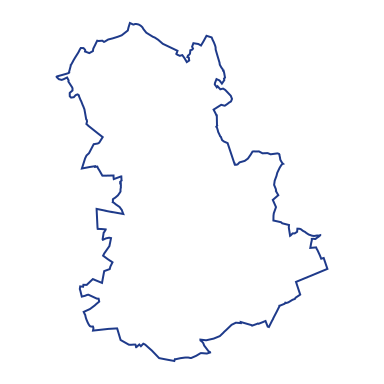 Bēnes pag., Auces, Latvia
{"feature_id": "27541924B36472446612292", "entity_name": "Bēnes pag.", "entity_type": "district", "adm_level": 2, "iso_a3": "LVA", "parent_name": "Latvia", "parent_adm1": "Auces", "projection": "albers", "projection_center": [23.066, 56.462], "detail": "fine", "context": "isolated", "style": "outline", "palette": "blue", "viewbox_px": 384, "rotation_deg": 0, "n_neighbors": 0, "source": "geoboundaries", "source_scale": "gbopen_adm2", "svg_char_len": 5656}
<svg xmlns="http://www.w3.org/2000/svg" viewBox="0 0 384 384"><path d="M70.7,65.1L70.7,65.9L68.9,72.6L69.0,72.7L68.5,73.1L66.0,73.9L57.0,76.4L56.6,76.8L56.7,77.0L56.8,77.2L58.9,79.2L61.7,79.9L63.6,79.2L67.1,77.5L68.6,80.4L68.5,80.9L68.4,81.6L72.1,87.3L72.5,88.3L72.5,90.1L72.5,90.5L69.8,92.8L69.7,93.8L69.8,96.3L71.1,97.6L72.4,97.4L73.8,97.2L75.4,95.4L76.1,94.9L77.6,94.4L77.8,94.5L78.8,95.3L78.7,95.5L80.7,100.4L81.1,101.0L82.9,105.6L83.2,106.1L84.2,108.8L84.4,109.2L86.2,119.3L86.7,119.8L87.0,121.3L87.0,121.6L86.4,124.0L88.0,125.4L88.1,125.6L97.9,133.4L102.7,137.1L99.2,142.7L97.8,143.5L93.7,144.2L89.0,153.2L86.5,155.5L85.1,158.4L81.9,168.5L89.7,167.0L95.1,166.2L95.1,166.9L97.3,166.6L97.6,167.4L98.4,168.9L99.2,170.1L102.2,175.4L102.4,175.7L103.8,175.7L113.5,175.5L113.6,178.0L113.8,179.1L121.1,176.4L121.3,176.4L121.5,180.2L121.6,180.5L120.2,181.8L120.2,183.3L120.8,183.2L120.9,185.6L120.8,186.3L120.9,187.2L120.5,189.4L120.5,191.5L120.0,192.4L117.9,195.4L115.3,197.6L113.0,199.1L112.9,199.3L112.9,201.5L113.0,201.9L112.8,202.2L114.2,203.0L115.7,204.3L119.6,207.0L121.1,209.1L121.7,209.8L122.7,212.5L123.3,214.0L111.6,211.9L111.6,212.0L105.5,210.8L105.5,210.7L96.6,208.9L96.6,209.0L97.5,227.5L97.7,228.9L97.9,228.9L101.2,229.0L105.7,229.4L105.7,229.6L104.2,232.1L103.7,232.6L102.6,239.3L102.9,239.8L105.9,238.4L109.1,237.7L111.0,238.1L110.5,240.7L109.4,246.1L104.2,253.5L103.1,255.7L107.7,259.1L107.8,259.2L112.5,262.3L110.4,266.5L110.1,267.6L109.7,269.1L104.2,271.1L102.0,282.9L92.8,279.1L86.7,284.9L83.4,284.8L83.1,286.7L80.2,286.4L79.8,289.0L80.4,290.9L80.9,293.0L81.8,296.6L85.0,295.8L86.9,295.0L88.2,294.7L88.6,294.8L96.8,298.6L98.6,298.7L99.2,301.6L96.2,304.1L94.8,305.4L90.0,309.0L83.7,311.9L84.7,314.1L85.1,314.6L85.2,315.1L85.4,315.7L85.4,315.9L85.8,317.6L86.4,319.4L87.7,322.5L88.8,324.6L89.9,326.1L90.9,326.5L91.6,326.6L92.9,326.5L93.1,326.9L93.4,328.0L93.4,328.6L93.0,330.6L108.4,328.9L117.1,328.4L117.3,328.9L120.6,340.0L128.9,344.7L131.0,344.8L133.4,344.6L135.4,344.6L135.9,345.7L135.9,346.3L136.1,347.2L136.3,347.2L139.3,344.5L140.9,346.2L143.3,343.7L144.8,344.4L145.5,344.9L148.5,347.6L151.8,350.5L159.1,358.1L165.2,359.3L174.3,361.0L174.9,359.2L175.8,359.2L180.3,358.2L184.7,357.6L186.2,357.5L188.1,357.5L190.4,358.0L191.2,358.0L196.2,355.8L200.2,353.4L200.8,353.1L201.5,353.1L206.4,353.5L207.0,353.5L210.1,352.5L210.0,352.1L208.7,351.4L208.4,351.1L205.6,347.4L204.2,345.6L204.0,345.1L203.4,343.5L203.1,342.9L202.6,342.3L202.1,341.7L200.8,340.7L200.5,340.5L200.4,340.0L200.4,339.6L206.1,340.3L213.7,338.6L219.8,336.1L223.3,332.8L224.2,331.8L226.2,330.0L231.6,324.8L235.9,322.7L240.8,323.1L240.7,322.0L252.5,325.4L252.5,325.5L256.7,324.0L257.9,323.5L258.6,323.8L262.6,322.2L265.5,321.0L267.7,326.6L268.0,326.6L268.9,327.0L271.9,321.0L273.2,318.7L273.2,318.4L276.7,311.7L279.3,306.5L279.6,306.0L279.5,305.7L280.3,305.5L284.5,303.8L285.0,303.4L285.2,303.1L285.3,302.7L285.5,302.7L285.7,302.9L286.2,303.0L288.2,302.4L289.4,301.7L292.5,299.8L294.9,298.9L295.0,298.8L295.5,297.8L295.6,297.7L299.8,294.9L300.2,294.6L296.0,281.9L327.4,268.9L323.7,258.0L321.2,258.7L319.9,255.4L317.4,250.0L316.7,248.9L316.1,247.4L310.3,247.9L311.2,242.9L311.8,240.3L311.8,238.9L313.6,238.8L314.9,239.0L315.6,238.7L315.7,238.8L317.3,237.5L318.5,236.8L320.2,235.3L320.2,235.2L318.8,235.6L318.1,235.6L317.1,235.5L314.1,236.0L312.0,235.7L311.1,235.4L310.4,235.1L309.1,234.7L308.5,234.4L306.2,232.9L305.0,231.9L303.0,230.9L300.8,229.2L299.6,228.8L298.3,228.7L297.4,228.7L297.1,231.8L294.7,233.4L292.6,233.4L290.7,235.4L290.1,235.8L288.8,227.6L289.0,225.0L282.2,223.3L281.0,222.2L273.4,220.5L273.5,215.6L273.8,213.3L276.0,207.1L272.8,199.9L278.3,195.2L275.9,191.0L276.1,190.6L275.8,189.0L274.1,184.9L274.7,180.7L276.6,175.6L276.6,175.4L277.3,172.7L279.6,167.9L280.3,166.7L281.6,164.7L282.5,164.0L283.1,163.8L282.3,163.1L281.3,161.5L280.4,159.9L280.2,159.1L280.0,157.6L279.5,155.5L279.5,154.8L279.1,154.0L278.7,153.8L277.6,153.4L276.6,153.5L270.6,154.3L267.6,153.1L262.5,153.3L258.9,151.4L257.1,151.5L253.6,151.4L252.5,151.6L250.7,154.6L247.9,158.6L244.7,160.9L239.5,162.4L237.7,164.3L236.7,164.7L235.0,164.8L234.7,163.7L234.5,163.8L227.6,143.1L223.9,141.5L222.1,140.1L220.9,136.9L220.5,136.6L220.0,136.0L219.9,135.6L219.6,134.9L218.2,132.0L217.7,130.0L216.9,127.4L216.3,126.8L217.2,125.6L217.0,125.2L216.8,115.4L216.4,115.4L215.8,113.9L213.6,109.6L221.2,104.8L224.6,105.7L224.8,105.7L227.3,104.0L229.2,102.5L230.8,101.6L231.1,101.2L231.9,99.2L232.0,98.9L230.9,96.1L230.8,95.8L225.2,89.9L223.1,88.6L220.3,89.3L217.6,86.3L216.8,87.3L215.6,85.6L214.8,84.5L214.8,84.3L214.9,83.7L214.9,83.2L216.5,79.1L219.4,80.4L220.0,81.1L221.9,83.6L224.3,80.1L224.0,78.6L225.0,77.6L224.2,73.1L223.6,70.7L223.2,70.8L222.5,69.0L221.4,67.6L219.8,64.7L219.5,62.6L217.5,55.9L215.7,49.7L215.6,48.5L215.6,47.4L215.1,45.5L213.8,42.2L212.4,39.4L212.1,38.4L211.6,37.4L206.5,35.8L203.5,41.3L201.0,45.5L198.3,44.0L193.4,43.2L192.1,46.7L193.0,48.6L192.3,49.6L190.3,50.3L190.3,51.0L190.0,53.5L189.5,54.4L187.9,55.7L187.4,57.1L188.8,57.6L189.2,60.5L186.8,62.1L184.4,58.0L182.3,55.1L179.8,55.8L177.3,54.7L176.3,53.9L177.0,52.3L177.5,50.8L162.8,43.8L158.2,39.8L154.7,37.5L152.9,36.8L146.3,32.7L143.5,29.2L142.7,27.8L142.4,27.3L141.2,26.1L139.9,25.2L138.8,24.6L138.2,24.4L136.2,24.0L135.1,24.0L133.8,24.5L133.1,24.5L129.9,23.0L128.5,27.5L127.8,30.5L121.7,35.3L118.0,36.7L112.6,38.4L108.2,39.5L104.9,41.5L104.0,41.9L102.3,40.7L98.6,41.0L97.2,40.7L96.1,42.9L95.2,44.8L93.3,48.6L93.1,49.7L92.9,51.1L89.3,53.1L85.0,51.5L85.3,50.4L85.0,49.7L83.5,48.1L80.8,48.0L79.9,49.4L78.4,52.4L74.8,58.1L74.7,58.3L73.5,60.3L72.9,61.5L72.3,62.6L71.0,64.9L70.7,65.1Z" fill="none" stroke="#1e3a8a" stroke-width="2"/></svg>